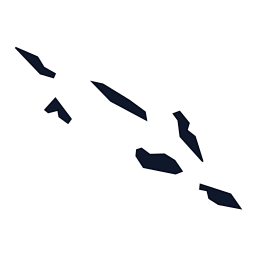 outline of Solomon Islands
{"feature_id": "SLB", "entity_name": "Solomon Islands", "entity_type": "country or territory", "adm_level": 0, "iso_a3": "SLB", "parent_name": "Oceania", "parent_adm1": "", "projection": "albers", "projection_center": [159.585, -9.221], "detail": "coarse", "context": "isolated", "style": "filled", "palette": "ink", "viewbox_px": 256, "rotation_deg": 0, "n_neighbors": 0, "source": "natural_earth", "source_scale": "50m", "svg_char_len": 698}
<svg xmlns="http://www.w3.org/2000/svg" viewBox="0 0 256 256"><path d="M141.5,148.4L149.8,154.6L164.4,154.2L174.7,160.6L182.0,171.2L175.6,173.7L143.5,167.3L136.2,156.0L136.8,149.9L141.5,148.4ZM179.6,111.5L189.0,123.1L186.9,130.2L195.0,136.6L202.8,161.6L180.3,136.6L178.2,120.2L173.5,113.8L179.6,111.5ZM146.4,120.0L110.8,101.0L92.2,81.9L102.8,84.2L129.4,100.5L145.0,112.0L146.4,120.0ZM200.4,184.4L230.6,194.2L240.6,208.5L218.5,204.3L209.1,198.4L207.2,190.5L199.9,189.1L200.4,184.4ZM55.1,73.8L53.4,77.5L40.4,73.7L15.4,47.5L37.5,57.1L43.8,67.4L55.1,73.8ZM55.4,98.3L71.0,119.0L68.0,123.1L59.2,116.7L58.0,110.0L48.3,112.5L45.0,109.8L55.4,98.3Z" fill="#0f172a" stroke="#020617" stroke-width="1.5"/></svg>